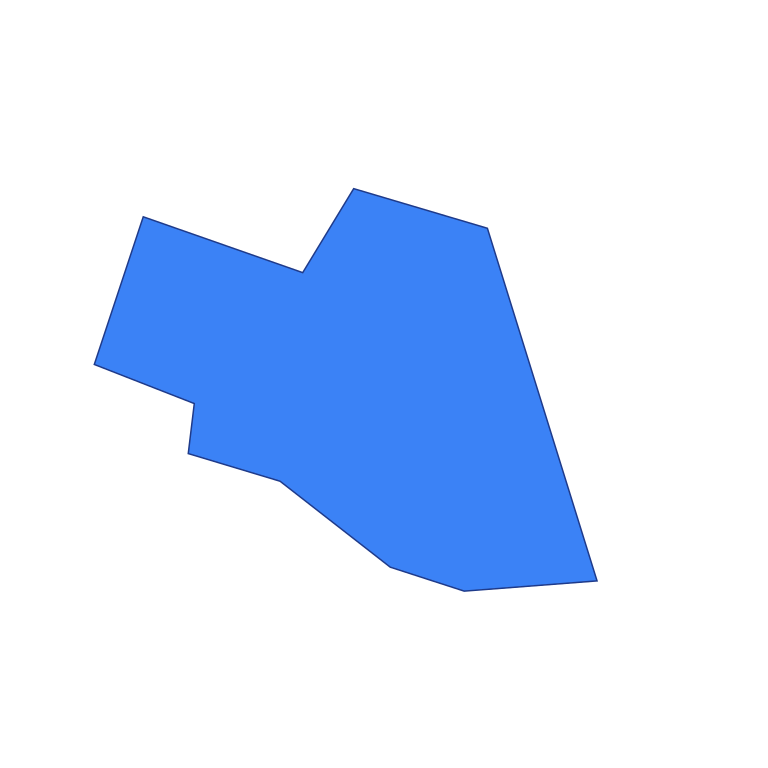 the state/province of Bel Ombre, rotated 223°
{"feature_id": "SYC-5207", "entity_name": "Bel Ombre", "entity_type": "state/province", "adm_level": 1, "iso_a3": "SYC", "parent_name": "Seychelles", "parent_adm1": "", "projection": "robinson", "projection_center": [55.407, -4.627], "detail": "fine", "context": "isolated", "style": "filled", "palette": "blue", "viewbox_px": 768, "rotation_deg": 223, "n_neighbors": 0, "source": "natural_earth", "source_scale": "10m", "svg_char_len": 313}
<svg xmlns="http://www.w3.org/2000/svg" viewBox="0 0 768 768"><g transform="rotate(223 384 384)"><path d="M93.9,385.3L184.1,287.2L254.5,254.3L393.7,242.0L479.7,199.6L509.4,240.3L609.2,200.7L674.1,342.1L519.4,410.0L539.4,506.2L414.6,568.4L93.9,385.3Z" fill="#3b82f6" stroke="#1e3a8a" stroke-width="1.5"/></g></svg>